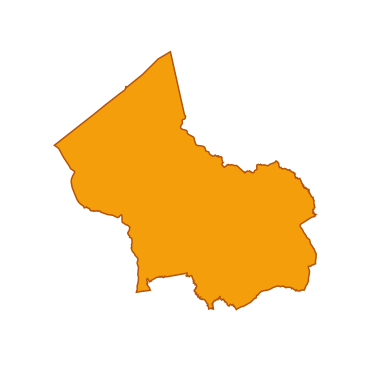 Khuan Khanun, Phatthalung, Thailand (Albers equal-area conic projection), rotated 245°
{"feature_id": "78962969B61181446150659", "entity_name": "Khuan Khanun", "entity_type": "district", "adm_level": 2, "iso_a3": "THA", "parent_name": "Thailand", "parent_adm1": "Phatthalung", "projection": "albers", "projection_center": [100.01, 7.757], "detail": "fine", "context": "isolated", "style": "filled", "palette": "amber", "viewbox_px": 384, "rotation_deg": 245, "n_neighbors": 0, "source": "geoboundaries", "source_scale": "gbopen_adm2", "svg_char_len": 5983}
<svg xmlns="http://www.w3.org/2000/svg" viewBox="0 0 384 384"><g transform="rotate(245 192 192)"><path d="M124.6,99.2L123.0,105.1L120.9,111.5L120.7,112.8L121.6,112.6L122.9,112.9L127.7,112.0L127.9,113.2L128.9,113.2L129.1,113.6L129.9,113.5L131.5,113.7L132.4,114.9L131.6,115.4L128.6,115.5L128.4,117.1L129.0,117.4L129.5,123.0L129.4,124.9L128.6,126.5L128.9,127.1L128.3,127.3L128.1,127.7L128.4,128.2L128.0,128.5L128.2,128.9L128.0,129.6L127.2,129.4L126.6,129.8L126.5,131.3L127.1,131.9L126.4,132.4L126.2,132.9L125.9,133.0L120.7,152.6L120.4,152.7L120.5,153.2L118.6,152.3L118.8,151.4L118.3,151.3L117.7,151.8L117.7,153.0L116.4,153.7L116.8,154.3L116.5,156.3L112.2,156.0L111.1,156.3L110.8,155.5L109.7,155.4L109.3,155.8L108.9,154.9L107.8,155.9L107.4,156.0L106.8,155.6L106.7,155.9L106.9,156.4L106.2,156.7L105.9,156.3L104.6,156.5L103.2,155.3L103.6,154.9L102.7,154.1L102.2,152.6L101.1,152.2L100.4,153.0L99.3,152.4L98.9,152.8L98.2,152.2L97.2,152.5L97.6,153.2L96.3,153.3L96.1,154.0L94.8,153.6L94.7,152.9L94.4,152.9L94.2,153.3L93.7,153.5L93.1,155.0L92.8,154.2L92.2,153.9L90.7,155.1L90.7,156.0L90.2,156.0L89.8,157.2L88.2,158.2L84.4,158.5L83.6,159.0L82.7,158.6L82.7,157.9L81.0,158.4L78.9,157.7L78.7,159.7L77.6,160.9L78.5,160.8L78.5,161.1L77.4,161.5L77.0,162.0L80.1,162.9L81.2,162.7L81.3,163.2L82.2,163.0L82.7,164.5L83.0,164.5L84.2,166.7L83.6,167.3L84.3,169.3L83.4,169.9L84.8,171.7L85.5,173.1L85.1,173.3L84.8,172.8L83.3,172.2L83.0,172.8L81.5,173.2L81.7,174.9L81.2,175.0L81.1,175.3L80.3,175.2L79.8,175.5L78.9,175.3L78.7,175.8L78.0,176.1L77.8,175.9L76.8,176.7L75.1,176.4L75.0,176.6L73.8,176.7L73.0,177.4L74.1,179.2L72.7,180.1L72.8,181.3L71.0,181.3L71.1,181.9L66.7,182.5L67.0,183.6L67.2,188.7L66.8,189.3L66.7,191.4L67.4,199.0L69.1,203.6L68.9,205.3L70.9,206.8L70.9,208.6L71.2,208.6L72.6,212.5L72.2,215.4L71.1,219.3L70.9,222.6L71.2,225.1L70.7,229.4L70.2,230.8L68.8,232.0L68.8,233.3L67.7,235.4L66.5,235.9L66.1,236.8L65.5,236.8L65.3,238.4L64.4,239.8L64.3,240.7L62.8,241.5L62.2,241.5L62.4,242.5L60.3,243.3L59.7,244.3L58.7,244.1L58.5,244.3L58.5,244.7L59.1,244.9L59.2,245.4L58.2,245.6L57.3,246.5L56.6,248.4L56.9,248.9L56.7,250.4L55.7,252.1L55.8,252.5L56.2,252.6L56.3,253.1L58.8,255.6L59.7,257.3L62.3,260.0L64.7,261.2L69.6,264.6L71.1,265.2L73.7,265.4L75.4,266.0L75.2,267.0L74.7,267.4L74.9,267.7L74.6,268.9L75.3,270.3L74.7,271.0L74.9,272.2L74.7,273.5L75.0,273.8L76.7,274.4L80.1,276.7L83.7,278.5L85.7,278.3L89.0,278.6L89.9,278.2L92.2,278.1L92.8,277.8L95.4,277.6L99.0,278.4L102.5,276.8L104.8,276.9L108.0,276.2L111.6,276.2L113.6,275.6L115.7,275.6L116.4,276.0L116.9,277.0L118.5,289.1L118.5,290.5L117.9,292.7L118.3,293.6L118.9,293.1L119.7,293.6L119.4,294.0L119.4,294.8L120.6,293.5L121.3,293.6L121.2,292.9L121.4,292.7L121.9,293.3L122.3,293.1L122.4,293.8L123.9,293.6L125.0,294.0L124.7,295.0L126.0,296.0L126.1,296.7L127.5,297.2L127.9,297.0L128.4,297.4L130.2,297.5L131.5,298.4L132.7,298.6L132.8,299.0L134.9,298.9L135.7,299.4L135.7,298.9L138.0,298.4L138.3,298.1L138.8,298.3L141.1,298.2L141.2,297.9L142.1,297.8L142.3,298.3L143.3,298.3L143.4,297.8L143.9,297.7L144.2,298.9L144.6,299.1L144.8,298.9L144.6,298.3L145.9,298.1L146.3,297.1L147.4,297.1L147.5,296.5L148.1,296.6L147.9,295.6L149.0,295.1L149.4,295.7L150.2,295.4L150.8,296.0L151.1,295.9L151.0,295.2L152.4,295.5L153.0,295.4L153.4,295.0L154.4,295.5L154.9,295.3L156.5,295.6L158.0,295.2L158.7,295.5L159.3,293.4L160.3,293.5L160.7,293.0L160.8,292.1L161.3,292.3L161.4,291.9L162.1,292.2L163.7,292.1L164.3,292.8L164.9,292.6L165.2,293.1L165.8,293.1L166.0,292.9L165.9,292.4L167.4,291.9L167.7,291.1L168.9,290.7L169.9,289.7L170.7,290.1L171.0,290.0L171.2,288.2L173.2,287.0L174.2,285.8L174.3,284.8L174.7,284.4L175.1,283.2L176.7,283.0L177.1,281.7L179.4,281.9L181.4,282.7L181.7,282.5L181.5,282.3L183.1,282.3L183.7,281.7L184.4,281.6L184.6,281.0L184.0,280.0L183.8,278.9L184.2,274.3L184.0,273.7L183.8,271.6L185.9,269.2L187.0,266.5L188.1,265.9L187.8,265.3L187.9,264.9L189.1,263.6L189.1,262.4L188.5,261.7L185.1,260.5L184.9,257.7L183.9,256.9L183.6,255.6L184.5,254.0L185.5,254.1L185.9,253.4L186.8,253.2L186.9,251.7L187.7,250.9L187.0,248.6L187.7,248.3L187.3,247.8L197.1,243.7L197.7,242.2L200.1,239.3L200.4,237.8L201.1,237.0L201.1,236.5L201.7,236.4L201.8,235.2L201.2,234.1L200.7,231.7L201.9,231.4L202.3,231.0L203.1,231.0L203.8,230.6L204.9,230.9L205.4,232.7L205.8,232.4L209.1,232.9L210.4,233.7L211.6,233.4L212.2,231.3L212.5,231.2L213.1,231.5L213.6,231.3L213.9,230.6L213.4,230.2L213.5,229.8L215.7,228.6L215.4,227.4L215.5,226.4L215.8,225.9L218.6,224.1L219.5,223.9L221.3,224.1L223.3,221.9L226.5,222.4L227.8,222.1L229.0,221.1L232.2,216.2L233.4,215.6L237.9,216.1L239.9,216.7L241.2,216.5L245.9,213.0L247.3,212.7L249.4,213.2L250.3,212.9L253.0,209.6L254.2,209.0L255.4,208.9L256.8,209.9L257.8,211.7L258.6,212.5L260.7,213.1L261.3,213.5L261.5,214.2L261.3,215.7L261.5,216.8L263.3,218.2L265.2,217.8L328.3,231.7L326.9,217.6L319.4,196.8L314.5,177.1L315.4,176.8L315.5,176.5L313.9,175.8L313.9,175.4L312.8,174.1L311.9,169.2L307.6,150.5L303.8,135.5L292.5,87.0L288.9,89.1L287.1,89.7L277.9,90.2L267.0,91.8L264.5,91.8L260.5,94.2L259.4,93.9L256.8,90.4L254.4,88.0L252.2,86.8L248.4,85.7L245.7,85.2L233.6,84.6L231.3,84.9L228.6,85.7L225.2,87.6L223.2,87.6L223.2,88.1L222.6,89.3L223.0,90.2L221.0,91.1L220.4,92.1L220.0,91.9L218.0,92.1L217.0,93.9L216.3,94.4L216.3,95.4L215.7,95.7L215.5,96.9L215.0,98.0L214.3,98.5L214.5,98.9L213.6,100.6L212.9,100.5L211.5,101.6L207.3,105.9L204.5,110.2L200.2,113.8L200.2,115.2L201.3,117.5L201.1,118.5L198.3,117.9L196.9,116.9L193.7,116.0L192.7,117.0L190.7,118.0L189.6,118.9L189.4,119.5L186.4,120.9L185.8,120.2L184.1,119.3L182.2,116.6L181.6,116.7L181.4,116.3L181.0,116.2L179.5,116.4L178.7,116.9L177.3,116.3L175.5,117.8L174.7,117.7L174.0,117.2L171.9,116.6L169.7,114.9L168.8,114.5L168.5,114.6L167.2,113.9L167.0,113.2L166.4,113.4L165.9,113.1L163.6,112.9L159.8,113.9L158.7,113.6L155.4,114.7L154.2,114.7L153.0,114.1L152.4,113.4L150.7,112.2L147.7,111.7L146.6,111.8L139.9,107.9L137.1,107.4L133.7,105.5L129.8,102.4L127.0,101.4L126.4,100.6L124.6,99.2Z" fill="#f59e0b" stroke="#b45309" stroke-width="1.5"/></g></svg>